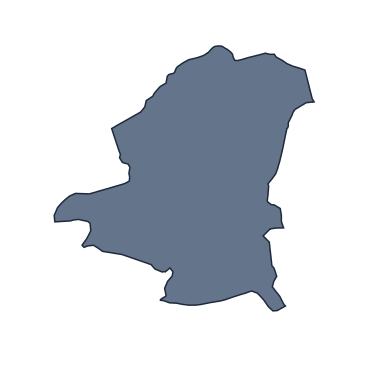 Khamir, Amran, Yemen, rotated 76°
{"feature_id": "15242507B91488978109149", "entity_name": "Khamir", "entity_type": "district", "adm_level": 2, "iso_a3": "YEM", "parent_name": "Yemen", "parent_adm1": "Amran", "projection": "natural_earth1", "projection_center": [43.859, 15.999], "detail": "fine", "context": "isolated", "style": "filled", "palette": "slate", "viewbox_px": 384, "rotation_deg": 76, "n_neighbors": 0, "source": "geoboundaries", "source_scale": "gbopen_adm2", "svg_char_len": 5091}
<svg xmlns="http://www.w3.org/2000/svg" viewBox="0 0 384 384"><g transform="rotate(76 192 192)"><path d="M187.8,332.3L190.6,317.1L190.5,313.7L191.1,308.9L195.5,300.0L197.9,298.5L205.1,299.6L209.1,303.0L212.2,305.8L215.5,309.8L217.0,311.5L217.3,311.5L218.3,310.9L219.6,310.1L219.1,306.1L219.9,300.4L224.8,295.7L227.9,293.3L235.7,275.1L252.6,249.2L257.8,246.6L262.4,240.3L262.7,237.4L263.0,237.2L260.4,231.8L264.8,229.8L268.8,231.6L272.8,237.3L277.0,240.5L278.9,241.9L286.5,242.2L287.2,243.9L287.8,246.3L288.3,247.6L289.0,247.6L289.1,248.1L288.7,248.2L288.8,248.4L289.0,248.6L289.3,248.9L289.5,248.8L289.9,247.6L290.0,247.3L290.0,247.2L290.6,245.8L294.1,240.6L296.1,234.0L298.7,228.5L301.1,222.2L302.7,215.5L303.3,210.5L303.7,201.5L304.0,197.9L304.6,190.6L304.6,186.2L303.9,179.2L303.6,174.7L303.2,168.3L303.1,164.6L302.4,158.2L306.0,153.0L308.9,151.3L314.2,148.5L318.1,147.0L321.8,145.6L326.9,142.3L327.7,138.0L325.2,128.9L323.4,130.0L318.5,131.2L314.7,132.0L314.4,132.1L310.6,133.8L308.9,134.6L303.9,136.8L303.4,137.0L300.6,135.4L298.5,134.3L294.3,130.2L291.3,130.4L287.5,130.7L285.7,130.9L282.7,132.3L273.9,131.1L267.8,130.3L259.9,129.2L259.4,129.1L251.8,133.6L247.0,125.6L247.1,125.1L246.7,124.9L247.3,119.4L247.5,118.3L248.0,116.1L249.0,111.8L248.8,111.8L244.3,112.3L241.8,112.3L236.6,111.0L233.6,110.7L229.3,110.4L225.6,114.2L224.6,115.1L223.4,118.2L219.8,121.0L218.4,121.0L212.9,118.9L204.9,116.2L202.4,116.3L198.8,111.4L194.7,106.5L190.1,103.3L187.2,101.7L183.2,99.3L182.9,99.2L171.5,93.3L167.9,91.6L163.5,89.5L153.4,84.6L152.8,83.5L151.0,82.5L148.2,81.9L141.2,76.0L139.2,74.7L136.8,72.1L135.6,67.9L135.4,67.5L133.0,59.7L133.8,53.4L134.0,53.3L134.1,51.7L130.7,52.8L101.0,52.9L97.6,58.1L94.4,63.6L90.6,68.6L86.1,72.6L81.5,77.6L78.2,78.9L77.4,82.7L75.9,85.8L75.1,87.1L75.2,93.5L75.2,95.7L75.2,96.9L75.2,104.3L75.5,111.6L75.5,115.9L74.7,118.6L71.4,119.4L68.0,119.4L67.9,119.5L67.5,119.7L67.2,119.8L66.8,120.0L66.5,120.1L66.3,120.2L66.2,120.3L65.8,120.5L65.5,120.8L65.3,120.9L65.0,121.0L64.9,121.1L64.6,121.5L64.3,121.6L64.1,121.7L64.0,121.8L63.6,122.1L63.4,122.3L62.9,122.7L62.5,123.0L62.3,123.2L62.2,123.3L61.9,123.5L61.6,123.9L61.4,124.1L61.3,124.3L61.0,124.6L60.8,124.8L60.7,124.9L60.6,125.0L60.4,125.2L60.3,125.3L60.1,125.5L59.9,125.6L59.6,125.9L59.4,126.1L59.1,126.4L58.9,126.6L58.6,126.8L58.4,127.1L58.2,127.4L57.9,127.8L57.8,128.1L57.6,128.2L57.5,128.3L57.4,128.5L57.4,128.8L57.3,129.1L57.2,129.4L57.2,129.7L57.0,129.9L57.0,130.1L56.9,130.3L56.8,130.6L56.8,130.8L56.7,131.0L56.6,131.4L56.6,131.7L56.6,131.9L56.6,132.1L56.5,132.6L56.5,132.9L56.4,133.4L56.4,134.0L56.3,134.5L56.3,135.0L56.4,135.4L56.5,135.6L56.8,136.1L56.8,136.3L56.9,136.6L57.0,136.8L57.1,137.0L57.2,137.3L57.3,137.5L57.5,137.8L57.6,138.0L57.9,138.5L58.0,138.7L58.2,139.0L58.4,139.3L58.5,139.4L58.7,139.6L58.8,139.8L58.9,140.1L59.0,140.2L59.1,140.3L59.2,140.5L59.3,140.6L59.5,140.8L59.7,141.1L59.8,141.2L59.9,141.3L60.0,141.5L60.2,142.0L60.4,142.1L60.5,142.5L60.6,142.8L60.8,143.2L60.8,143.3L60.9,143.5L61.0,143.7L61.1,144.0L61.1,144.3L61.2,144.5L61.3,144.6L61.3,144.8L61.4,145.0L61.5,145.2L61.7,145.5L61.7,145.9L61.9,146.3L62.0,146.6L62.2,147.4L62.3,147.9L62.4,148.7L62.5,149.0L62.5,149.4L62.6,149.7L62.6,149.9L62.6,150.1L62.6,150.4L62.6,150.7L62.7,151.1L62.7,151.4L62.7,151.6L62.7,151.9L62.8,152.0L62.8,152.5L62.9,152.8L62.9,153.0L62.9,153.5L62.9,153.8L62.9,154.1L62.9,154.5L62.9,155.2L62.9,155.4L63.0,155.7L63.0,156.2L63.0,156.5L63.0,156.8L63.0,157.1L62.9,157.3L62.9,157.6L62.9,157.8L62.9,158.2L62.9,158.4L62.9,158.7L62.9,159.1L62.9,159.3L62.9,159.7L62.9,159.9L62.9,160.1L62.9,160.8L62.9,161.4L62.8,162.0L62.8,162.4L62.8,162.5L62.8,163.0L62.9,163.4L63.0,163.6L63.0,163.8L63.1,164.0L63.2,164.3L63.3,164.6L63.3,164.8L63.4,165.0L63.4,165.3L63.5,165.5L63.5,165.8L63.6,166.1L63.7,166.4L63.7,166.7L63.9,167.0L64.0,167.2L64.0,167.6L64.1,167.9L64.2,168.1L64.2,168.3L64.4,168.5L64.4,168.9L64.5,169.2L64.6,169.5L64.7,170.0L64.8,170.2L64.9,170.4L64.9,170.5L65.0,170.7L65.0,171.0L65.3,171.5L65.4,171.9L65.6,172.2L65.7,172.6L65.8,172.8L65.9,173.0L66.1,173.5L66.2,173.8L66.3,174.2L66.5,174.8L66.6,175.0L66.7,175.3L66.8,175.5L66.9,175.8L67.0,175.9L67.1,176.1L67.4,176.4L67.6,176.6L67.8,176.9L68.0,177.1L68.2,177.3L68.4,177.5L68.5,177.7L68.7,177.8L68.9,178.0L69.0,178.1L69.3,178.3L69.5,178.5L69.9,178.7L70.1,178.9L70.2,179.0L70.4,179.1L70.6,179.2L70.7,179.3L71.0,179.5L71.3,179.7L71.4,179.8L71.6,180.0L71.8,180.2L71.9,180.3L72.0,180.6L72.1,180.8L72.3,181.1L72.3,181.3L72.4,181.6L72.4,181.9L72.4,182.1L72.4,182.3L72.4,182.7L72.4,183.0L72.4,183.4L72.3,183.6L72.3,183.9L72.4,184.1L72.4,184.4L72.4,184.5L72.4,184.9L72.4,185.1L72.4,185.4L72.4,185.7L72.4,185.9L73.6,187.9L79.7,190.7L80.0,190.8L81.9,197.2L83.0,198.9L84.4,200.9L87.2,204.8L89.6,206.9L92.2,214.3L97.9,217.1L99.5,219.1L102.0,222.5L108.9,247.3L111.0,254.6L134.1,252.9L138.2,252.4L141.3,254.0L146.5,252.4L149.5,247.2L153.1,246.3L157.0,248.0L158.6,248.7L162.5,248.9L166.2,250.2L167.4,254.4L167.7,258.0L169.0,292.1L165.2,305.3L165.5,307.4L166.4,312.0L168.7,316.9L171.2,321.3L174.5,326.1L181.4,331.4L187.8,332.3Z" fill="#64748b" stroke="#1e293b" stroke-width="1.5"/></g></svg>